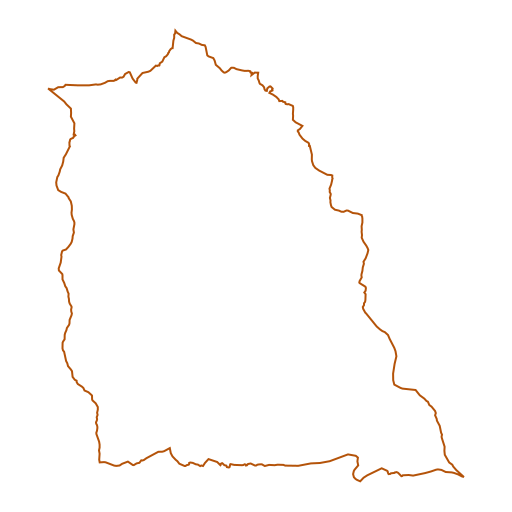 the district of Copaceni, Vâlcea, Romania
{"feature_id": "2599482B17070437163052", "entity_name": "Copaceni", "entity_type": "district", "adm_level": 2, "iso_a3": "ROU", "parent_name": "Romania", "parent_adm1": "Vâlcea", "projection": "mercator", "projection_center": [23.973, 44.993], "detail": "fine", "context": "isolated", "style": "outline", "palette": "amber", "viewbox_px": 512, "rotation_deg": 0, "n_neighbors": 0, "source": "geoboundaries", "source_scale": "gbopen_adm2", "svg_char_len": 5871}
<svg xmlns="http://www.w3.org/2000/svg" viewBox="0 0 512 512"><path d="M463.9,477.0L456.3,470.1L453.2,466.5L452.3,464.7L449.2,462.5L444.8,454.8L444.4,450.8L444.6,446.7L441.7,437.6L441.6,436.4L442.0,434.7L441.1,432.7L439.7,425.8L436.9,420.6L436.7,418.9L435.1,415.3L435.8,413.1L435.1,411.0L431.5,406.6L429.3,405.0L427.9,401.7L426.5,401.0L424.3,398.6L419.8,395.3L415.6,390.0L402.4,388.6L400.5,387.9L394.3,384.6L393.2,380.2L393.1,373.6L394.6,363.9L396.4,356.3L395.5,351.2L394.3,347.9L389.6,338.8L388.0,335.0L384.8,332.1L382.4,331.1L380.0,329.4L376.7,326.5L366.0,313.3L365.3,312.7L363.2,308.9L362.8,307.0L364.0,305.1L364.0,303.3L365.1,301.8L365.4,300.0L365.6,294.2L364.3,292.5L365.6,290.7L365.9,288.0L365.4,286.7L359.6,283.1L359.3,282.5L359.6,281.1L361.7,277.4L361.4,275.5L361.5,274.3L362.4,270.9L362.8,267.3L363.9,263.8L363.5,261.7L365.6,258.4L367.5,253.4L368.3,250.0L367.6,248.1L366.3,245.7L363.5,241.7L361.7,237.7L362.0,235.1L361.6,231.8L361.8,229.9L361.6,226.2L362.4,222.6L362.4,218.6L362.1,216.4L361.5,215.4L361.6,215.1L357.8,213.6L352.8,213.0L348.0,210.6L346.5,210.5L343.6,211.8L341.3,211.7L338.9,210.6L334.9,209.7L331.6,207.0L331.0,205.3L330.4,202.3L330.5,200.4L329.9,197.9L330.7,194.7L330.7,193.8L329.7,192.0L329.8,190.4L329.5,188.6L331.1,184.7L332.1,180.5L332.2,179.3L332.6,178.7L332.2,177.2L332.3,175.5L331.0,175.0L327.3,174.8L319.2,170.6L315.3,167.9L313.3,165.2L312.0,161.2L311.8,159.4L311.9,154.6L309.8,145.9L309.0,145.9L309.1,144.0L308.5,142.8L305.2,140.9L302.5,138.6L299.5,134.7L298.6,132.3L297.8,131.5L297.8,130.4L300.0,128.9L302.4,125.9L295.6,122.3L292.9,119.8L293.1,115.6L292.9,113.9L293.2,109.6L293.2,107.2L292.8,105.9L288.6,104.1L287.4,104.3L285.8,104.0L285.4,103.6L285.3,102.3L282.9,101.7L282.4,100.9L279.3,101.1L278.7,99.4L276.4,97.0L272.9,94.6L269.4,92.9L270.2,91.4L272.5,90.5L272.6,90.1L272.1,89.4L272.6,88.5L270.5,86.4L269.5,86.5L267.3,88.4L266.8,90.9L265.4,90.6L264.5,89.2L264.1,87.3L262.5,85.3L259.9,83.8L259.4,82.8L258.8,80.6L257.7,78.4L257.7,76.1L258.2,72.7L254.7,72.6L251.5,75.1L251.9,72.8L250.7,72.7L250.4,72.4L250.5,71.5L250.2,71.2L248.4,70.8L244.7,70.9L241.9,70.4L236.4,69.1L233.9,67.8L231.7,67.7L231.1,67.9L228.7,70.5L226.3,72.1L224.8,72.7L223.7,72.4L221.6,70.5L219.8,68.2L215.8,64.8L214.6,60.5L213.3,58.1L208.6,56.4L207.3,55.4L205.6,46.9L204.8,45.3L201.8,44.9L198.9,43.5L195.9,43.0L193.0,40.6L191.1,39.6L181.7,36.2L179.5,34.3L177.2,32.9L175.4,30.7L175.1,33.5L174.2,34.6L174.2,37.9L173.4,40.6L172.6,48.1L172.1,48.1L170.7,49.1L169.2,51.2L168.9,52.5L168.2,53.0L167.9,54.2L166.1,56.3L164.4,57.2L162.3,61.6L159.8,63.3L159.4,65.4L159.1,65.6L158.2,65.4L157.2,66.0L155.9,65.6L150.4,70.8L148.4,71.7L142.5,73.0L137.3,78.7L137.3,79.8L136.5,82.8L135.7,82.6L132.6,78.6L129.8,72.3L128.7,72.0L125.1,74.0L123.5,76.8L122.0,77.6L120.1,77.5L116.2,80.0L115.9,80.1L115.6,79.6L113.8,80.9L109.7,80.9L107.7,81.2L105.0,82.8L100.6,84.4L97.6,84.7L96.0,84.4L89.3,85.3L77.1,85.3L65.5,84.8L64.7,86.0L62.9,87.1L58.2,87.2L53.9,89.7L49.8,89.1L48.1,88.5L64.2,101.5L66.4,104.3L70.9,108.6L71.1,113.0L70.9,116.7L74.4,123.3L74.1,128.7L74.3,131.2L73.6,134.8L74.0,135.1L75.0,134.7L75.4,135.3L74.6,135.6L74.5,136.2L73.4,137.2L73.1,137.9L70.6,139.0L70.0,140.0L69.7,141.8L69.4,142.2L69.5,145.8L69.9,146.3L65.9,154.3L63.7,157.7L63.2,161.6L62.2,165.4L60.2,169.3L59.7,171.7L58.4,175.4L57.3,177.1L56.2,182.4L56.5,185.5L58.2,190.1L61.1,191.9L65.5,193.6L68.6,197.4L68.7,198.2L70.8,201.4L71.8,205.8L71.9,209.6L71.5,212.7L71.7,214.9L72.8,218.8L74.0,221.1L74.4,222.5L74.4,224.3L73.4,229.4L73.9,232.6L72.7,236.1L72.5,238.6L71.7,241.9L70.7,243.8L68.4,246.9L66.0,249.5L62.9,250.5L62.1,251.3L61.2,255.0L61.5,256.7L60.7,262.6L58.7,268.4L58.9,270.5L62.3,274.1L62.5,275.2L62.5,279.4L64.2,282.9L65.3,286.3L66.6,288.1L67.7,291.7L68.6,293.7L68.4,296.6L68.9,298.8L69.1,301.7L69.7,303.6L71.5,306.5L71.6,307.3L71.1,309.6L71.3,311.7L71.9,313.4L71.5,315.3L69.6,319.9L69.5,323.3L69.1,324.8L66.9,328.0L66.4,330.2L65.2,332.9L64.7,334.8L64.6,339.3L63.1,341.5L62.6,342.7L62.5,348.4L63.0,350.4L64.1,351.7L66.1,361.0L67.3,363.3L68.0,366.1L70.8,369.4L72.0,371.2L72.6,376.9L74.8,379.8L76.6,380.7L76.7,382.2L77.8,384.0L82.0,386.7L83.4,388.0L84.5,390.5L88.4,392.2L91.7,395.2L92.0,395.6L92.1,399.3L92.5,400.4L95.7,403.3L97.8,407.0L97.8,409.7L97.1,412.8L97.6,414.9L96.7,417.2L97.1,419.2L96.8,420.6L96.0,422.3L96.2,423.7L96.9,424.9L97.3,426.4L97.4,427.9L97.0,430.7L96.3,432.8L96.4,434.0L99.1,441.6L99.6,444.6L99.6,447.6L99.0,450.4L99.6,453.7L99.2,459.7L99.7,462.4L104.0,462.1L105.6,462.3L114.2,465.6L116.3,465.9L119.6,465.5L122.1,463.8L127.9,461.6L132.8,465.0L133.8,465.1L136.6,463.4L139.4,462.8L141.3,460.3L142.5,460.5L143.9,460.0L146.4,458.2L158.3,451.8L162.3,451.7L164.1,451.2L169.8,448.1L170.8,453.2L172.5,456.4L175.7,459.8L177.4,461.2L179.3,463.7L184.6,466.0L185.4,466.0L186.8,465.1L188.7,464.7L189.1,464.1L189.2,462.9L190.3,462.5L192.8,462.9L195.8,464.3L197.9,464.6L200.2,466.1L201.3,465.5L203.0,466.0L205.0,462.9L208.5,459.1L217.2,462.0L220.4,465.2L220.7,464.8L220.7,463.9L221.6,463.3L222.3,463.2L224.4,465.2L226.3,465.6L226.9,467.1L228.9,467.5L229.6,467.0L230.2,464.3L230.6,464.1L234.2,464.9L242.1,465.2L243.4,465.0L244.6,464.3L245.7,464.6L246.0,465.5L246.9,465.3L248.0,464.0L250.7,463.5L254.9,465.5L256.1,465.5L257.4,464.7L259.2,464.4L261.8,464.3L264.8,466.0L269.1,464.9L274.6,465.2L277.6,464.7L283.4,464.9L285.2,465.6L298.3,465.8L310.9,463.4L319.9,463.0L329.7,461.2L348.0,454.4L355.8,455.8L357.9,457.6L357.4,461.4L358.2,465.4L354.5,469.8L353.8,471.1L353.1,474.1L353.9,477.2L355.6,479.0L357.0,479.9L360.2,481.3L363.6,477.7L367.3,475.3L381.7,468.3L387.1,470.8L387.7,471.4L387.9,472.7L388.6,474.1L390.3,473.9L390.9,473.3L394.5,472.9L394.7,472.5L396.6,472.1L398.1,472.8L401.4,476.2L402.2,476.0L402.8,475.3L408.7,475.0L413.1,475.6L425.0,473.1L430.9,471.5L436.1,469.7L437.9,469.4L441.4,469.9L445.7,472.0L451.7,472.4L453.9,472.9L458.1,474.4L461.9,476.4L463.9,477.0Z" fill="none" stroke="#b45309" stroke-width="2"/></svg>